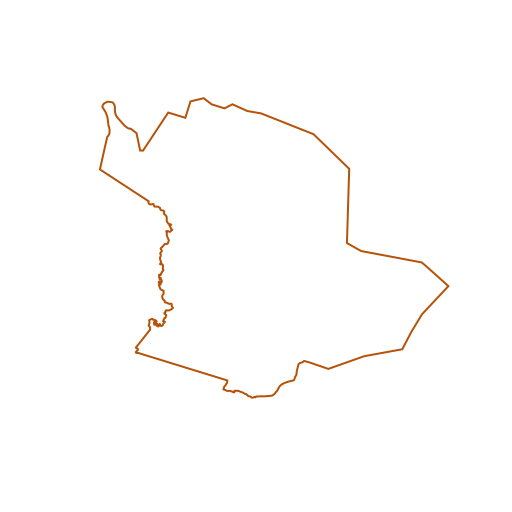 Choloma, Cortés, Honduras (orthographic projection), rotated 198°
{"feature_id": "27666195B9794587356195", "entity_name": "Choloma", "entity_type": "district", "adm_level": 2, "iso_a3": "HND", "parent_name": "Honduras", "parent_adm1": "Cortés", "projection": "orthographic", "projection_center": [-87.878, 15.648], "detail": "fine", "context": "isolated", "style": "outline", "palette": "amber", "viewbox_px": 512, "rotation_deg": 198, "n_neighbors": 0, "source": "geoboundaries", "source_scale": "gbopen_adm2", "svg_char_len": 6016}
<svg xmlns="http://www.w3.org/2000/svg" viewBox="0 0 512 512"><g transform="rotate(198 256 256)"><path d="M354.5,389.9L366.1,382.8L365.9,365.6L383.8,365.3L396.0,321.4L396.4,321.1L397.8,320.9L398.8,320.5L407.6,335.9L414.5,338.4L415.7,338.0L416.8,337.9L418.3,338.3L420.3,339.0L421.7,339.6L428.9,343.8L430.4,344.7L431.8,345.7L432.5,346.4L433.2,347.2L433.8,348.1L434.4,349.2L435.4,351.3L435.7,352.3L436.1,353.7L436.6,354.9L437.1,355.5L437.6,356.1L438.5,356.9L439.2,357.4L439.8,357.7L440.5,357.7L443.6,357.2L445.0,356.8L447.1,354.7L447.8,353.8L448.0,353.3L448.2,352.5L448.3,351.8L448.3,351.1L448.2,350.5L448.0,350.1L447.1,349.3L445.0,347.6L443.3,346.1L441.9,344.4L440.3,342.2L439.3,340.3L436.7,334.6L435.6,333.2L434.7,331.7L434.1,330.2L433.5,328.3L433.3,327.3L433.4,325.8L433.7,324.6L434.3,323.2L431.2,290.1L375.1,274.9L375.2,274.3L374.9,273.8L374.1,272.8L373.6,272.4L373.3,272.3L372.9,272.3L372.4,272.6L371.1,272.9L370.0,273.6L369.5,273.7L369.4,273.6L368.7,272.5L368.5,272.2L368.2,271.9L367.7,271.7L367.3,271.7L366.1,272.2L365.5,272.3L364.8,272.5L364.2,272.6L362.2,272.1L361.9,271.6L361.6,271.0L361.2,270.6L360.7,270.4L359.9,270.2L358.8,270.5L358.3,270.5L357.8,270.4L356.9,269.8L356.9,268.4L356.5,267.9L356.1,267.4L354.6,266.9L353.7,266.2L353.1,265.6L352.7,264.7L351.9,262.2L351.7,261.7L351.2,261.1L350.5,260.5L349.8,260.0L349.3,259.6L347.2,259.7L346.7,259.7L346.4,259.5L346.5,259.3L347.3,258.9L347.6,258.7L347.7,258.2L347.1,257.6L345.8,256.5L345.5,255.8L344.0,255.2L343.8,255.1L343.8,254.8L343.9,254.5L344.5,253.9L345.1,252.6L345.3,252.4L345.8,252.3L346.7,252.4L347.8,252.4L348.5,252.2L348.9,251.8L348.9,251.5L348.7,251.2L348.2,250.8L347.9,250.5L347.7,249.7L347.6,248.9L347.5,248.6L346.0,246.5L343.9,244.2L343.7,243.4L343.7,242.0L343.8,240.9L343.9,240.5L344.1,240.2L344.7,239.8L345.5,239.6L346.0,239.5L346.3,239.3L346.4,239.0L347.0,237.9L347.5,236.6L348.5,234.6L348.9,234.1L349.0,233.8L348.8,233.4L347.3,231.9L347.1,231.7L347.3,230.8L347.9,228.9L347.1,228.0L346.8,227.4L346.7,226.6L346.7,224.9L346.6,224.1L346.2,223.4L345.6,222.3L344.8,221.5L344.3,220.8L344.3,220.5L344.8,219.2L344.7,218.7L344.1,218.5L342.9,219.2L342.5,219.1L342.1,218.9L341.6,218.3L341.3,217.6L341.0,216.5L340.9,215.6L340.8,215.2L340.4,214.6L339.9,214.3L339.7,214.0L339.7,213.6L339.9,213.1L340.0,212.8L340.4,212.5L340.6,210.0L340.7,209.6L341.1,209.6L341.1,209.4L341.1,209.1L341.0,208.6L341.0,208.3L341.2,208.2L341.4,208.1L342.2,208.1L342.4,208.0L342.4,207.9L341.7,206.5L341.6,206.3L341.6,205.9L341.5,205.6L341.2,205.5L340.0,205.6L339.8,205.6L339.6,205.5L339.7,205.1L340.2,204.7L340.5,204.3L340.4,204.1L340.2,204.0L338.6,203.9L338.2,203.8L338.1,203.6L338.0,203.3L337.7,202.0L337.8,201.7L338.2,201.5L339.4,201.7L340.2,201.7L340.4,201.5L340.4,201.1L340.2,200.6L339.9,200.3L338.4,200.0L338.0,199.8L338.0,199.5L338.1,199.3L339.3,198.8L339.4,198.7L339.2,198.1L338.7,197.7L338.1,196.5L337.8,196.2L337.1,195.6L336.7,195.0L336.1,194.7L333.7,194.4L333.1,194.3L333.0,194.2L332.9,193.6L332.6,192.7L332.3,192.1L332.2,191.7L332.8,189.8L332.9,189.2L332.8,188.6L332.7,188.3L332.4,187.8L331.2,186.2L330.8,185.9L330.0,185.7L329.2,185.2L328.7,184.8L328.6,184.6L328.7,184.3L328.6,184.1L328.1,183.8L326.8,184.0L325.6,183.7L325.0,183.9L324.4,183.7L323.7,183.7L322.1,184.4L321.8,184.4L321.6,184.4L321.3,184.0L320.9,183.0L320.2,181.9L319.9,181.6L319.3,181.4L319.1,181.2L319.2,180.4L319.7,179.5L321.8,177.4L322.2,177.2L323.1,176.9L324.0,176.8L324.3,176.7L324.8,176.4L325.0,176.0L325.0,175.4L324.7,175.0L324.7,174.7L324.8,174.3L325.3,174.1L325.4,173.9L325.5,173.6L325.4,173.2L325.1,172.8L324.0,172.6L323.3,172.2L323.1,172.0L323.1,171.3L323.0,169.4L323.1,169.2L323.6,168.8L324.0,168.2L324.2,165.4L323.9,165.3L322.5,165.3L322.3,165.2L322.5,164.4L323.1,163.4L323.3,162.5L323.3,161.4L323.5,161.1L323.8,160.7L324.1,160.4L324.5,160.2L324.9,160.1L325.4,160.1L325.5,160.2L325.7,160.8L326.0,161.3L326.3,161.5L326.7,161.5L326.8,161.4L326.9,159.6L327.0,159.1L327.2,158.9L327.3,158.8L327.9,158.8L328.5,158.9L328.9,159.1L328.9,159.5L328.6,160.4L328.8,160.7L329.0,160.8L329.6,160.7L330.2,160.5L330.7,160.0L330.9,159.4L331.1,159.3L331.4,159.2L331.7,159.5L332.0,160.0L332.3,160.8L332.4,161.7L332.3,162.0L332.1,162.1L331.8,162.2L331.3,162.0L331.0,162.0L330.7,162.2L330.3,162.5L330.2,162.8L330.3,163.1L330.5,163.3L331.1,163.6L332.2,163.9L334.1,163.6L334.5,163.8L334.8,164.2L335.1,164.2L335.4,164.1L335.9,163.7L337.1,162.6L337.6,162.4L337.7,161.8L337.5,161.2L336.8,160.1L336.6,159.5L336.6,157.1L336.5,156.5L336.3,156.3L335.9,156.2L335.4,156.0L334.9,155.6L334.4,154.6L334.0,153.1L342.2,131.1L341.9,131.4L341.2,131.4L340.3,131.4L339.9,131.2L339.5,130.9L339.3,130.4L339.4,130.0L340.2,128.5L340.6,127.5L340.5,127.2L340.3,127.0L339.7,126.9L339.0,127.1L338.4,127.3L337.4,127.5L336.4,127.4L244.9,128.8L244.7,128.0L244.4,127.4L244.4,126.6L244.5,125.7L244.9,124.5L245.1,123.4L245.3,123.0L245.7,122.4L245.8,122.0L245.8,119.5L245.7,119.1L245.0,119.0L244.2,119.1L243.1,118.9L241.9,118.8L240.6,119.1L239.9,119.4L239.3,119.7L238.9,119.8L235.0,119.4L234.6,119.6L234.5,119.9L234.5,120.1L234.8,120.4L234.9,120.8L234.9,121.0L234.7,121.2L234.5,121.3L232.1,122.0L231.8,122.2L231.3,122.2L226.0,122.0L223.8,121.4L223.0,121.6L222.6,121.6L220.0,120.4L218.3,120.6L217.2,120.4L216.4,120.0L216.1,120.0L215.7,120.1L214.9,120.6L213.8,121.5L213.3,121.6L212.8,121.5L212.3,122.5L211.4,122.8L209.6,123.4L208.3,124.0L205.3,124.9L204.1,125.3L197.7,128.1L197.3,128.5L196.2,129.9L195.8,130.5L194.9,132.9L194.2,134.4L193.7,137.5L193.2,139.5L192.6,140.6L191.6,142.1L190.1,143.6L188.1,145.3L184.3,147.9L182.3,149.0L181.9,149.3L181.6,149.8L181.4,150.3L181.5,152.7L181.4,153.5L181.0,154.7L180.9,155.5L181.1,156.7L181.5,158.4L181.8,161.2L181.9,163.2L182.1,165.4L182.1,166.2L182.0,166.5L181.8,166.9L180.8,168.0L179.0,169.3L177.8,171.1L177.7,171.1L175.6,171.1L173.5,171.3L152.3,171.0L122.2,194.1L88.1,212.5L84.7,232.4L80.1,251.9L63.7,286.8L88.5,297.8L96.4,301.1L157.5,293.2L173.5,296.4L194.3,367.7L238.9,389.6L295.2,393.2L309.1,391.2L325.3,393.0L331.6,386.7L345.0,386.5L354.5,389.9Z" fill="none" stroke="#b45309" stroke-width="2"/></g></svg>